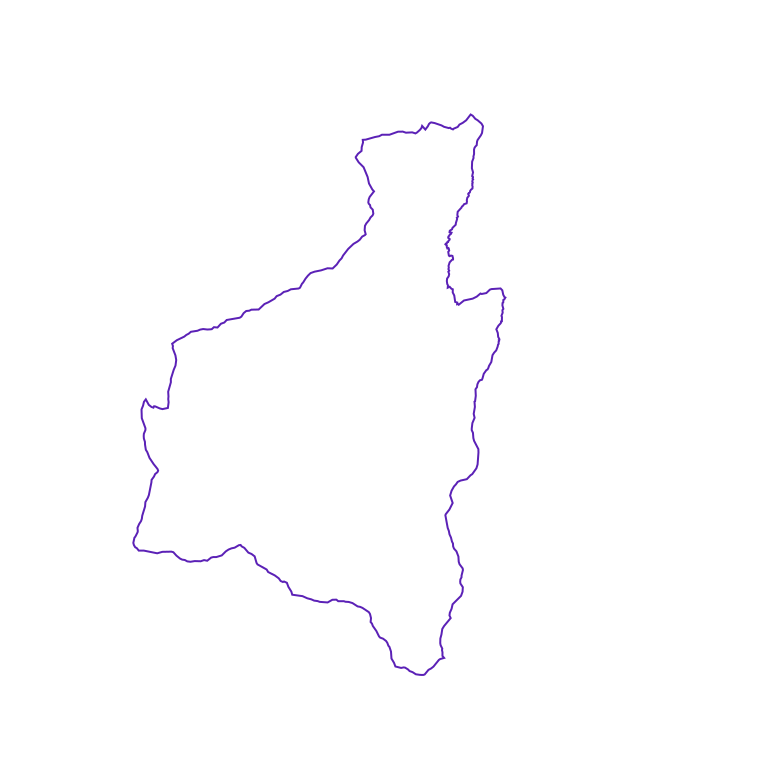 the district of Grinties, Neamt, Romania, rotated 213°
{"feature_id": "2599482B9403430528058", "entity_name": "Grinties", "entity_type": "district", "adm_level": 2, "iso_a3": "ROU", "parent_name": "Romania", "parent_adm1": "Neamt", "projection": "orthographic", "projection_center": [25.842, 47.011], "detail": "fine", "context": "isolated", "style": "outline", "palette": "violet", "viewbox_px": 768, "rotation_deg": 213, "n_neighbors": 0, "source": "geoboundaries", "source_scale": "gbopen_adm2", "svg_char_len": 6166}
<svg xmlns="http://www.w3.org/2000/svg" viewBox="0 0 768 768"><g transform="rotate(213 384 384)"><path d="M534.8,577.2L533.1,575.1L531.7,570.5L529.8,567.3L531.2,562.9L531.3,558.9L530.9,558.4L525.9,556.1L519.2,554.7L510.5,548.7L505.8,544.0L499.8,540.8L497.3,540.1L497.9,533.1L497.4,530.6L496.1,527.8L495.0,526.9L493.2,526.5L491.5,524.8L488.4,524.1L485.7,521.0L485.4,519.1L486.0,516.4L485.8,513.4L486.3,509.0L486.1,506.3L484.0,502.4L480.9,499.6L481.1,498.5L482.6,495.7L482.9,491.8L483.8,489.1L485.9,484.9L487.6,477.8L488.3,469.5L488.0,466.3L488.6,463.3L488.7,458.5L490.0,452.9L494.4,450.3L498.6,445.1L503.4,440.4L506.0,437.0L506.8,433.5L507.2,429.7L507.1,425.0L507.4,423.5L506.9,419.0L507.6,417.6L513.7,412.7L515.4,409.6L518.2,406.6L519.5,402.6L521.9,399.2L522.2,396.0L525.5,389.5L527.8,386.0L529.7,378.2L535.7,374.1L536.9,372.1L539.3,370.2L540.3,367.0L540.3,362.8L541.1,361.0L550.8,352.0L551.4,348.6L553.6,345.7L554.4,340.7L557.6,339.0L558.3,336.2L559.1,335.5L561.8,333.5L565.6,331.6L567.8,329.5L569.4,327.1L574.4,322.6L575.2,319.8L576.5,317.5L577.3,315.0L581.6,307.9L583.6,302.4L581.7,300.9L580.8,299.0L574.5,294.4L571.3,290.9L568.9,285.9L568.1,281.4L565.5,272.1L563.7,269.4L560.8,260.0L558.0,256.2L556.7,253.8L554.7,251.4L552.2,246.2L556.1,242.3L558.7,241.4L563.7,240.6L564.7,240.1L564.5,238.6L566.5,238.1L569.9,238.4L575.4,241.4L575.6,238.3L574.3,234.7L573.5,230.6L568.5,223.4L560.0,217.0L559.0,215.4L558.3,211.5L557.2,209.5L555.7,207.5L553.0,205.3L551.4,203.0L547.9,199.1L545.5,198.0L540.4,194.3L533.7,191.4L527.7,189.4L526.2,188.3L526.0,186.6L526.9,183.8L526.5,181.1L526.7,177.0L525.5,174.8L520.7,162.8L520.1,159.9L519.8,155.0L517.7,151.2L515.0,141.8L513.7,139.1L513.1,136.7L513.1,133.2L512.4,129.1L510.4,126.6L509.9,125.4L509.4,120.5L509.6,119.2L507.7,114.2L506.0,112.7L503.8,111.6L501.9,111.7L498.9,110.7L494.6,113.5L482.0,118.5L478.5,122.5L471.0,127.6L469.0,128.2L464.6,127.0L459.9,126.5L457.6,126.8L455.2,127.9L452.4,128.1L449.5,129.5L446.3,132.4L441.2,135.5L439.0,138.3L436.0,139.5L434.4,144.3L432.9,145.9L430.4,147.5L426.7,151.9L425.5,157.5L424.2,160.5L422.4,163.1L420.1,165.4L417.9,169.8L416.6,170.9L415.0,170.3L411.9,170.5L405.9,168.7L402.5,169.3L398.6,169.0L393.4,164.5L391.8,163.8L381.4,164.5L378.7,163.2L371.4,164.0L366.4,163.7L363.4,162.5L360.9,162.9L360.3,163.9L357.2,164.4L353.7,161.8L348.6,159.4L346.2,157.3L336.8,161.7L331.6,162.5L327.7,163.8L324.6,164.3L321.4,165.8L319.2,166.3L312.3,170.1L309.8,174.9L306.5,177.2L304.1,176.9L299.3,180.0L297.7,180.4L294.9,182.0L291.1,183.1L285.0,183.1L282.6,184.1L280.1,184.5L272.4,184.4L270.5,183.5L267.4,180.6L265.6,177.1L263.6,176.5L261.6,175.0L255.9,172.7L250.7,169.6L249.1,169.2L246.1,169.9L242.3,169.6L240.2,168.7L237.8,166.9L236.3,166.5L232.4,163.4L228.2,157.8L223.7,155.6L220.6,153.3L215.0,155.2L213.2,157.0L211.9,157.6L208.5,157.7L206.2,157.2L203.1,157.9L199.2,157.9L195.3,159.7L192.6,161.4L191.7,162.5L191.0,168.5L189.6,171.0L188.6,173.9L187.7,182.5L187.1,183.9L184.4,187.0L186.9,187.8L188.8,190.8L190.5,192.5L191.0,193.8L194.3,195.8L195.7,197.3L198.1,201.2L199.4,205.2L201.7,210.3L201.8,213.7L200.6,224.0L203.0,225.5L204.2,228.0L204.9,232.3L206.5,236.6L204.0,248.3L205.0,252.6L207.2,256.5L211.3,258.3L212.5,259.8L213.5,261.7L213.7,264.1L214.6,265.5L216.5,271.0L217.6,272.2L222.5,274.0L224.5,275.6L227.6,279.8L232.1,283.1L235.7,284.1L237.6,285.5L239.3,287.8L241.2,288.9L244.2,291.7L247.2,293.6L249.6,296.1L252.2,298.0L261.0,307.3L261.3,308.3L260.8,314.4L261.6,321.6L267.8,326.5L269.2,331.3L269.5,336.2L269.0,339.0L268.9,342.0L267.2,344.7L262.7,349.3L261.7,354.7L260.9,356.4L260.6,363.6L261.7,367.5L267.4,377.9L269.4,380.8L277.5,385.4L279.6,387.3L282.8,391.5L285.3,393.1L286.2,394.5L288.6,399.4L289.6,405.0L292.5,407.8L295.3,414.3L298.5,418.5L298.2,419.1L300.6,424.1L304.4,429.4L304.3,432.0L305.5,434.6L305.9,437.3L305.5,439.5L304.2,440.8L304.4,442.2L305.9,446.9L305.7,451.4L305.1,452.5L305.2,454.1L305.8,456.4L306.0,460.9L308.7,467.3L308.7,470.3L308.2,473.3L309.0,477.1L309.8,479.2L309.7,480.1L310.9,481.9L310.9,482.7L311.6,483.3L311.3,483.8L311.6,484.4L313.9,485.7L316.4,488.8L319.6,491.1L319.8,495.2L319.2,498.5L319.5,499.8L319.9,500.2L319.3,500.8L321.6,504.5L322.6,505.1L323.3,508.4L324.9,510.4L324.8,512.0L327.5,514.4L328.7,516.5L328.4,517.3L329.7,519.5L329.2,520.5L329.3,522.6L330.3,522.5L332.6,523.8L335.8,527.0L338.3,527.6L345.6,522.1L346.6,520.8L347.7,516.0L351.1,512.7L352.4,512.4L353.8,507.8L356.1,503.9L362.4,497.6L364.5,491.2L365.4,491.4L366.1,490.7L366.9,492.2L369.0,491.6L373.3,496.5L376.2,498.2L377.9,500.9L379.3,500.6L381.9,501.3L383.0,499.5L384.1,501.6L385.4,502.3L387.4,504.6L388.5,506.8L388.4,509.5L389.2,511.7L391.2,513.2L391.0,514.5L392.6,515.5L392.9,516.7L394.2,518.2L395.2,521.8L394.6,525.2L393.9,526.0L394.6,527.1L396.4,528.7L397.8,528.2L398.5,527.0L399.5,527.0L402.1,529.8L402.0,531.4L403.6,533.0L404.2,533.1L404.7,532.2L406.0,533.1L406.7,534.3L408.6,534.6L408.6,535.4L407.9,535.9L408.2,537.4L407.6,538.0L407.9,538.6L407.6,540.5L407.8,541.3L409.8,541.6L410.3,542.8L410.0,544.3L410.3,545.2L409.6,546.3L409.8,547.7L411.8,547.1L412.3,548.4L411.2,550.8L411.6,552.3L410.6,556.6L411.4,558.2L412.6,562.4L413.5,563.1L413.1,564.7L414.5,565.6L416.0,568.6L415.1,574.1L415.3,575.2L414.8,576.8L414.8,578.4L413.1,580.5L413.8,582.2L414.7,583.3L415.6,585.6L415.3,587.7L415.6,588.5L416.9,589.2L416.9,590.4L416.5,590.8L416.4,591.7L416.9,592.8L416.9,594.3L416.3,596.1L417.2,597.8L418.4,598.9L418.8,600.1L419.3,600.4L419.4,601.4L420.3,602.0L420.9,603.6L420.7,604.1L421.8,604.8L421.8,605.6L422.4,606.3L423.3,606.4L424.6,610.0L427.8,612.8L431.2,618.5L432.0,622.3L432.9,623.5L433.7,625.9L436.2,629.7L436.7,631.3L436.7,633.0L436.3,634.7L438.0,638.0L438.4,639.6L438.2,645.3L438.5,647.9L441.4,654.1L444.1,655.5L449.2,656.2L451.8,656.1L455.7,657.3L458.1,657.2L458.7,649.9L460.2,645.9L462.0,642.7L462.2,639.7L464.6,636.1L464.8,635.1L466.7,634.7L468.2,634.9L469.1,633.9L473.7,632.4L476.6,632.2L483.7,630.4L486.9,629.1L487.4,628.4L487.9,626.6L487.6,624.0L487.9,619.9L492.6,621.2L492.0,619.0L492.3,616.6L493.3,612.9L494.1,611.3L497.4,610.4L502.5,606.7L505.7,605.9L509.7,603.2L515.2,596.0L521.5,591.9L523.0,589.2L526.1,586.2L532.4,579.0L534.8,577.2Z" fill="none" stroke="#5b21b6" stroke-width="2"/></g></svg>